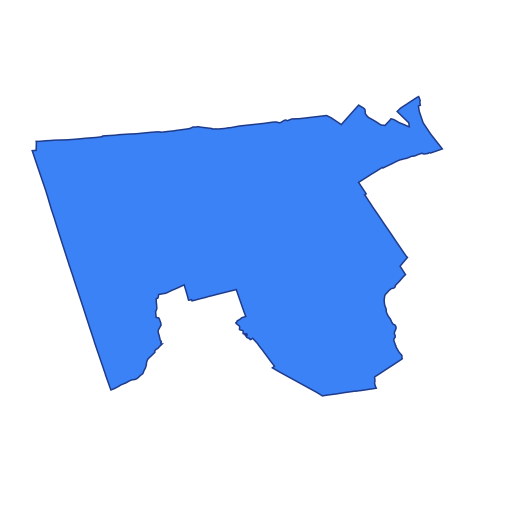 Ganeasa, Olt, Romania (Mercator projection), rotated 350°
{"feature_id": "2599482B6587162691160", "entity_name": "Ganeasa", "entity_type": "district", "adm_level": 2, "iso_a3": "ROU", "parent_name": "Romania", "parent_adm1": "Olt", "projection": "mercator", "projection_center": [24.248, 44.418], "detail": "fine", "context": "isolated", "style": "filled", "palette": "blue", "viewbox_px": 512, "rotation_deg": 350, "n_neighbors": 0, "source": "geoboundaries", "source_scale": "gbopen_adm2", "svg_char_len": 6048}
<svg xmlns="http://www.w3.org/2000/svg" viewBox="0 0 512 512"><g transform="rotate(350 256 256)"><path d="M382.2,382.6L382.0,381.9L382.4,379.6L382.4,379.2L380.3,375.8L379.3,373.3L378.9,371.9L378.5,371.0L378.2,370.3L378.1,369.5L378.2,368.7L377.8,367.9L377.7,366.8L377.4,365.3L377.1,363.4L377.1,362.5L378.1,360.8L378.6,360.5L379.0,360.1L379.1,359.5L379.2,358.9L379.2,358.4L379.1,357.9L378.9,357.2L378.8,356.7L378.8,356.1L379.0,355.5L379.1,355.1L379.5,354.6L380.1,353.7L381.1,352.1L381.4,351.5L381.5,351.0L381.5,349.8L381.1,348.5L380.6,347.8L379.9,347.5L379.4,347.0L378.9,346.5L378.2,344.7L378.0,343.9L377.8,342.9L377.2,340.9L376.5,339.7L376.1,338.8L375.6,337.6L374.9,335.2L374.7,334.2L374.7,333.3L374.7,332.6L374.9,331.9L374.9,331.0L374.9,330.1L374.4,328.3L374.3,326.9L374.2,326.3L374.2,325.4L374.4,323.3L374.5,321.9L374.7,321.1L375.7,318.1L375.8,317.6L376.1,317.2L376.7,316.4L377.1,316.0L379.1,314.6L380.8,313.2L381.3,312.9L382.7,312.1L383.0,311.9L383.7,311.6L385.4,311.6L385.9,311.5L386.4,311.4L386.9,311.2L387.5,310.7L387.9,310.0L388.1,309.2L393.1,305.6L397.6,301.9L400.0,300.3L396.1,291.0L404.9,283.7L403.7,281.9L395.8,264.4L393.8,259.8L387.3,245.5L384.4,238.9L379.3,227.7L374.7,216.9L374.4,216.1L373.5,214.7L375.3,213.9L369.8,201.3L383.3,195.7L393.6,191.6L395.7,190.7L396.2,191.4L407.3,188.3L411.2,187.1L414.6,186.3L416.2,186.3L418.6,186.0L420.8,186.0L423.3,185.6L426.0,184.9L427.0,184.8L427.7,185.0L429.0,184.9L429.0,185.0L429.8,185.0L433.8,184.1L435.9,183.9L437.0,183.6L437.5,183.7L438.4,184.5L439.2,184.7L440.3,184.8L442.6,184.9L443.3,184.8L444.8,184.3L445.8,184.9L458.1,182.9L449.2,166.3L443.7,153.8L441.9,141.9L442.0,136.5L444.0,136.1L443.9,135.8L444.0,134.9L444.1,133.0L444.1,132.6L444.7,131.5L444.2,128.5L444.0,127.8L443.9,127.3L443.7,127.4L442.9,127.5L442.4,127.6L424.0,135.5L420.1,138.2L429.6,151.4L429.4,155.3L428.2,154.8L424.9,152.5L420.1,149.5L416.1,146.1L414.9,145.3L412.7,144.3L411.6,145.4L405.6,149.9L405.2,149.6L403.7,149.2L402.9,149.1L402.5,148.9L401.5,148.4L399.2,146.2L397.5,144.6L393.5,141.2L391.4,139.6L390.5,138.6L389.3,136.8L388.6,135.2L388.4,134.8L388.4,133.9L388.7,132.3L388.7,130.7L388.6,130.3L387.4,128.8L384.4,126.2L383.3,125.2L362.8,141.4L354.1,133.0L349.9,129.9L331.1,128.8L328.7,128.7L324.1,128.4L322.6,128.3L318.9,127.8L317.6,127.6L315.3,127.3L313.7,127.5L311.0,128.1L310.3,128.1L310.1,128.1L309.0,127.3L308.5,127.2L307.7,127.3L306.7,127.6L303.6,128.8L302.2,128.8L301.7,128.7L299.4,127.6L298.6,127.5L298.2,127.4L296.2,127.1L291.0,126.9L287.2,126.8L262.3,125.1L253.0,125.2L250.3,124.9L248.5,125.0L245.5,124.8L240.3,124.3L239.6,124.1L238.9,123.9L235.1,123.4L235.0,123.0L234.7,122.8L224.5,119.7L221.7,118.7L221.0,118.5L220.0,118.6L219.0,118.5L216.2,118.0L214.8,118.5L213.9,118.7L213.0,118.8L212.9,119.0L212.5,119.0L201.6,118.6L200.2,118.5L196.8,118.5L190.5,118.0L185.8,117.8L183.2,117.5L183.0,117.1L179.8,116.5L172.4,115.8L161.6,115.0L158.2,114.7L152.6,113.9L147.1,113.3L141.9,112.7L140.2,112.7L137.6,112.5L128.2,111.4L126.1,111.2L125.6,111.3L125.5,111.8L119.3,111.5L109.4,110.5L99.0,109.7L90.2,108.8L78.2,107.0L73.0,106.5L70.0,106.1L62.9,105.5L59.4,104.9L59.4,105.1L59.5,105.5L59.2,107.2L57.8,113.8L53.9,113.4L56.5,130.7L59.7,151.2L60.3,155.1L61.3,163.2L61.6,166.2L62.6,174.8L63.9,183.5L66.1,201.0L70.3,231.2L70.5,233.4L70.7,233.9L71.5,239.5L71.8,241.2L72.9,249.3L76.9,276.9L79.9,298.4L81.4,308.5L81.7,310.7L82.0,313.4L87.1,346.1L87.2,347.6L87.4,348.4L89.1,358.5L89.8,362.7L91.1,362.5L94.2,361.8L98.7,360.3L100.4,359.5L102.0,359.2L103.7,358.8L104.7,358.6L105.2,358.6L109.1,357.2L110.8,356.7L112.5,356.4L114.8,356.6L115.8,356.5L117.4,356.1L117.9,355.9L121.7,353.4L123.8,352.4L124.5,351.7L125.6,349.7L127.5,347.3L128.1,346.3L128.8,344.8L129.2,343.9L129.5,342.5L130.0,341.3L130.9,339.7L131.4,339.0L131.9,338.6L133.2,337.6L135.3,336.3L139.3,333.6L139.8,333.1L139.7,331.9L141.6,330.4L142.4,330.3L143.2,330.0L145.5,328.2L148.3,326.3L147.3,326.1L147.3,325.9L147.2,325.4L147.3,325.1L147.3,324.8L147.8,324.5L147.8,324.4L147.9,324.2L147.7,323.6L147.7,323.4L147.6,323.1L147.0,322.1L147.0,321.9L147.0,320.1L146.9,318.9L146.8,317.2L146.5,314.6L146.5,313.4L146.7,312.6L147.1,311.7L147.5,311.3L148.0,310.7L149.0,309.4L149.9,308.4L150.5,307.6L150.6,305.4L149.9,301.4L149.7,300.5L149.3,300.0L148.6,299.7L147.6,299.5L147.0,299.1L147.5,293.1L147.8,292.9L149.0,291.1L149.3,290.1L149.7,286.0L149.8,284.1L150.1,282.0L150.2,281.0L150.3,280.8L150.5,280.6L151.5,280.6L151.9,280.5L152.1,280.3L152.5,279.7L153.1,278.1L153.3,277.1L153.5,277.0L160.1,277.0L161.1,276.9L161.9,276.7L167.3,275.2L171.7,274.2L173.3,273.8L178.2,272.5L180.2,272.0L180.4,273.3L181.0,278.4L181.6,284.1L181.8,287.0L181.9,287.7L182.2,287.9L185.0,287.8L185.2,289.1L188.1,288.9L193.3,288.4L199.8,288.0L201.3,287.7L206.3,287.4L212.3,286.9L216.8,286.6L223.8,286.1L228.9,285.8L230.8,285.6L230.8,286.2L234.4,308.3L235.3,313.2L235.4,313.8L231.3,314.3L229.1,315.6L227.2,316.3L226.5,316.4L226.1,316.8L225.8,317.1L225.6,317.7L225.4,318.0L224.6,318.2L224.6,318.8L225.5,319.9L226.4,320.8L227.2,321.8L227.5,322.4L227.6,322.6L227.5,323.5L227.0,325.1L227.0,325.5L227.3,325.9L227.6,326.1L229.3,326.7L229.9,327.1L230.2,327.5L230.3,327.9L230.2,328.3L229.8,329.9L229.8,330.1L229.9,330.3L231.4,330.7L233.1,330.9L233.4,331.1L233.5,331.3L233.6,331.5L233.4,332.0L231.5,331.4L231.3,331.3L231.1,331.4L231.1,331.5L232.4,332.0L233.2,332.4L233.3,332.5L233.3,332.8L231.9,332.3L232.4,333.7L232.8,334.6L233.0,334.7L233.5,335.1L234.5,335.7L234.8,336.0L235.0,335.9L235.7,336.7L236.1,337.2L236.0,337.3L236.3,337.4L236.5,337.3L238.5,336.5L238.8,337.0L239.8,338.7L240.9,340.3L242.4,342.7L242.8,343.7L243.4,344.9L244.5,347.1L245.9,349.5L247.6,353.1L248.5,354.8L251.5,360.9L253.5,364.8L255.1,367.7L252.7,369.0L259.0,374.3L292.2,400.9L297.1,405.3L300.8,405.3L311.5,405.8L319.5,405.9L319.9,405.9L327.7,406.2L330.2,406.2L330.7,406.5L334.5,406.6L335.2,406.7L351.5,407.1L351.2,406.0L350.9,404.5L350.7,402.5L350.7,401.9L351.4,399.8L351.6,398.5L351.7,397.3L351.7,396.4L351.7,396.1L352.1,395.5L354.5,394.6L366.5,389.4L370.1,387.9L379.6,383.8L382.2,382.6Z" fill="#3b82f6" stroke="#1e3a8a" stroke-width="1.5"/></g></svg>